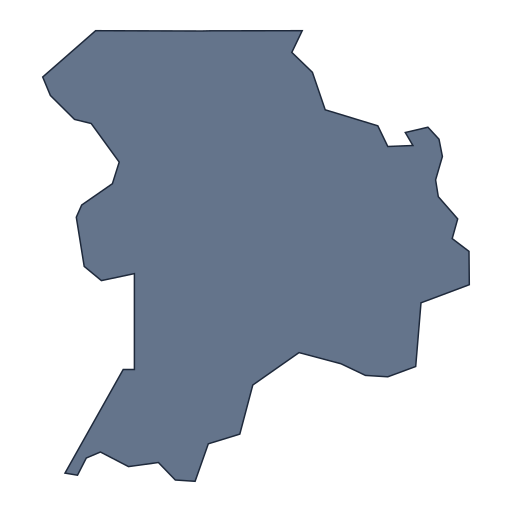 Union, Georgia, United States of America (Mercator projection)
{"feature_id": "52423323B53234951977617", "entity_name": "Union", "entity_type": "district", "adm_level": 2, "iso_a3": "USA", "parent_name": "United States of America", "parent_adm1": "Georgia", "projection": "mercator", "projection_center": [-83.988, 34.815], "detail": "fine", "context": "isolated", "style": "filled", "palette": "slate", "viewbox_px": 512, "rotation_deg": 0, "n_neighbors": 0, "source": "geoboundaries", "source_scale": "gbopen_adm2", "svg_char_len": 735}
<svg xmlns="http://www.w3.org/2000/svg" viewBox="0 0 512 512"><path d="M65.0,473.1L77.5,475.2L86.3,458.0L100.4,452.0L128.5,466.6L158.4,462.5L175.3,480.0L195.1,481.3L208.3,443.8L239.8,434.1L252.8,385.0L299.0,352.6L341.1,363.8L365.4,375.4L387.8,376.8L415.7,366.5L421.0,302.8L469.3,284.7L469.0,251.4L452.2,238.6L457.7,218.9L438.3,196.7L435.6,179.9L442.4,156.5L439.0,139.2L427.9,127.2L405.3,132.5L412.9,145.5L387.8,146.5L377.8,125.8L325.2,109.8L312.4,72.3L291.8,52.4L302.2,30.7L228.5,30.8L211.3,30.8L202.1,31.0L95.6,30.7L42.7,77.0L50.4,95.5L74.5,119.4L91.2,123.5L119.2,162.1L112.4,183.7L81.7,205.0L76.3,217.2L84.2,266.4L101.4,280.6L134.4,273.6L134.4,369.5L123.2,369.5L65.0,473.1Z" fill="#64748b" stroke="#1e293b" stroke-width="1.5"/></svg>